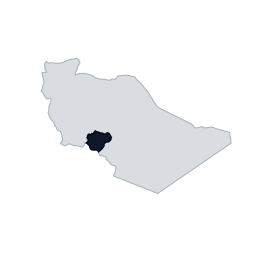 Ouaddaï highlighted on a map of Chad, rotated 112°
{"feature_id": "TCD-1475", "entity_name": "Ouaddaï", "entity_type": "Prefecture", "adm_level": 1, "iso_a3": "TCD", "parent_name": "Chad", "parent_adm1": "", "projection": "equal_earth", "projection_center": [21.069, 13.569], "detail": "fine", "context": "in_parent", "style": "filled", "palette": "ink", "viewbox_px": 256, "rotation_deg": 112, "n_neighbors": 0, "source": "natural_earth", "source_scale": "10m", "svg_char_len": 4849}
<svg xmlns="http://www.w3.org/2000/svg" viewBox="0 0 256 256"><g transform="rotate(112 128 128)"><path d="M177.6,75.9L177.6,81.5L177.7,87.2L177.7,92.8L177.7,98.4L177.8,104.1L177.8,109.7L177.8,115.4L177.9,121.0L177.9,122.9L177.8,123.6L177.7,123.7L177.5,123.9L175.3,123.3L174.3,123.3L172.9,123.7L170.9,124.0L169.6,123.9L168.7,124.9L168.0,126.0L168.3,128.9L168.2,129.8L168.0,130.8L167.4,131.6L166.7,132.3L166.4,132.8L165.9,134.1L165.6,134.7L165.6,135.5L165.5,136.4L165.1,136.8L164.2,137.1L163.6,137.5L163.1,138.1L162.8,138.5L163.0,139.1L163.2,139.9L163.3,141.2L163.4,141.9L163.9,142.5L164.2,143.0L164.3,143.5L164.0,143.9L162.9,144.9L162.4,145.2L161.9,145.7L161.7,145.8L160.8,146.7L160.4,147.5L160.2,148.1L160.2,149.0L160.6,150.3L161.1,151.5L161.3,152.3L161.4,153.2L161.4,154.1L161.1,154.9L160.7,155.6L159.1,156.9L158.3,158.3L157.7,160.1L157.5,161.0L157.7,161.6L158.0,162.2L158.5,162.5L159.2,162.5L160.3,162.2L161.4,162.1L162.5,162.7L163.1,164.1L162.9,165.2L163.3,167.1L163.7,169.5L163.7,170.3L163.9,170.6L164.6,170.7L164.7,171.3L164.5,175.4L164.8,176.5L165.3,177.3L165.9,177.8L166.4,178.3L166.7,178.7L167.3,178.8L168.0,179.5L168.2,180.5L168.2,181.5L167.8,183.6L167.4,185.0L167.0,184.9L166.2,184.5L165.2,184.3L163.9,184.0L162.8,184.6L161.5,185.3L161.1,185.9L160.7,186.2L160.2,186.1L159.6,186.2L159.4,186.8L158.9,187.3L157.0,188.5L156.7,189.0L156.4,189.4L156.4,189.9L156.6,190.9L156.6,192.1L156.2,193.1L155.7,193.7L155.2,194.0L154.7,194.1L154.4,194.5L153.5,196.8L153.1,197.2L152.2,197.1L149.8,200.5L149.5,201.5L148.6,202.9L147.5,204.5L146.5,205.2L146.4,205.5L146.2,205.8L145.5,206.1L143.4,208.0L140.8,208.0L139.7,208.7L138.6,209.0L136.9,209.4L136.5,209.4L134.4,209.5L131.9,209.5L131.0,209.7L130.1,210.5L129.5,211.1L129.4,211.3L129.5,211.6L129.5,211.8L131.2,213.3L131.6,214.1L131.2,214.8L130.9,215.0L130.6,215.6L129.6,217.3L128.1,219.4L127.3,220.0L127.0,220.4L126.6,221.8L126.4,222.0L125.3,222.2L123.2,222.3L120.4,222.8L118.7,222.9L117.6,222.8L116.1,223.7L115.6,224.0L115.2,224.1L113.7,225.0L112.5,226.4L112.1,226.7L110.3,227.3L109.6,228.3L109.3,228.4L108.2,227.1L107.4,225.9L107.1,224.7L107.0,224.3L106.8,224.4L106.2,224.9L105.7,225.5L105.4,226.6L103.6,227.4L102.1,228.1L101.4,228.9L100.3,229.3L98.9,229.2L97.8,228.8L96.8,228.7L97.3,227.7L97.5,226.9L97.5,225.9L97.5,225.3L96.9,225.0L96.5,224.5L95.6,221.5L94.7,218.4L93.4,215.4L92.0,213.4L90.9,212.3L90.6,212.1L90.1,211.7L89.7,211.4L87.9,209.4L85.9,207.1L85.4,206.0L84.5,204.4L83.4,202.8L82.8,202.1L82.6,200.8L83.3,199.6L84.1,198.1L85.1,197.1L86.4,197.0L88.5,197.4L90.8,197.6L93.1,197.2L93.6,197.0L94.2,197.0L95.4,197.4L97.5,197.3L98.6,196.7L97.5,195.7L96.2,194.0L95.0,192.2L94.3,190.6L93.7,188.5L93.1,185.9L92.8,182.5L92.8,180.6L93.0,179.2L93.7,177.0L93.3,175.7L93.4,174.7L93.3,173.1L93.1,172.3L92.3,169.7L92.2,169.5L91.5,167.7L91.2,164.7L90.4,162.7L89.1,161.8L88.3,160.6L88.1,158.6L87.6,158.1L85.5,157.3L83.8,157.3L82.6,155.0L81.0,152.1L79.5,149.3L78.6,143.8L78.1,140.7L78.8,139.8L80.0,137.5L81.6,133.2L85.2,126.7L87.0,123.3L90.7,118.2L95.1,112.1L97.6,108.6L98.1,102.3L98.6,95.6L99.0,90.5L99.4,84.6L99.8,79.6L100.1,76.0L100.5,70.8L100.8,69.8L102.5,65.8L102.7,65.3L102.4,64.6L100.0,61.2L99.2,60.4L98.8,58.7L99.5,57.7L96.6,52.0L95.9,51.3L95.6,50.6L95.6,49.5L95.6,45.6L94.9,39.4L94.0,32.2L97.4,30.2L100.0,28.6L103.4,26.7L106.4,28.7L110.8,31.6L115.2,34.6L119.6,37.5L124.0,40.4L128.5,43.4L132.9,46.3L137.3,49.3L141.8,52.2L146.2,55.2L150.7,58.1L155.2,61.1L159.6,64.1L164.1,67.0L168.6,70.0L173.1,73.0L177.6,75.9Z" fill="#d9dde1" stroke="#a8b0b8" stroke-width="1"/><path d="M160.9,146.6L160.1,147.9L159.9,148.4L159.9,148.5L160.1,148.8L160.3,149.0L160.3,149.4L160.3,149.7L160.4,150.2L161.0,150.9L161.2,151.4L161.2,152.1L161.2,152.4L161.4,152.7L161.7,153.2L161.8,153.5L161.7,154.1L161.4,154.6L160.5,155.9L160.4,156.0L159.3,156.5L159.2,156.7L158.8,157.1L158.6,157.6L157.8,159.5L157.6,160.5L157.4,160.9L157.4,161.0L156.3,160.5L155.1,159.8L154.3,160.2L153.3,161.0L152.4,162.2L151.9,162.5L151.6,162.3L150.6,162.2L149.5,162.6L148.3,161.9L148.3,160.8L148.2,159.8L147.4,159.7L146.7,159.5L146.6,157.8L145.2,157.8L144.1,157.8L143.0,157.2L143.1,156.8L143.1,155.5L142.9,153.2L142.9,151.1L142.5,150.3L142.4,150.1L142.4,149.8L142.5,147.0L142.4,146.9L140.2,145.4L140.2,143.6L141.7,141.4L142.2,140.8L142.4,140.7L142.5,140.4L142.8,140.3L142.8,140.2L142.9,139.9L143.0,139.9L143.3,139.9L143.5,139.9L143.6,140.0L143.6,139.9L143.8,139.9L144.2,140.0L144.3,140.0L144.8,139.7L145.3,139.6L145.5,139.6L147.2,140.3L147.3,140.4L147.4,140.5L147.6,140.5L147.8,140.8L148.2,141.0L148.3,141.1L148.5,141.8L148.7,142.2L149.3,143.0L149.5,143.1L150.4,143.7L151.3,144.3L151.6,144.4L151.8,144.4L152.1,144.3L152.2,144.2L152.3,144.1L152.8,143.7L153.1,143.7L153.7,143.6L153.8,143.6L156.3,144.1L159.6,145.6L160.0,145.9L160.0,146.0L160.3,146.4L160.4,146.6L160.5,146.6L160.9,146.6L160.9,146.6Z" fill="#0f172a" stroke="#020617" stroke-width="1.5"/></g></svg>